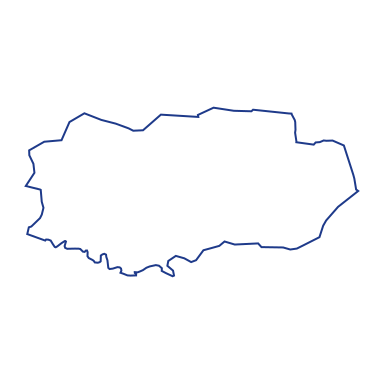 Ikom, Cross River, Nigeria, rotated 268°
{"feature_id": "59680162B83284995722346", "entity_name": "Ikom", "entity_type": "district", "adm_level": 2, "iso_a3": "NGA", "parent_name": "Nigeria", "parent_adm1": "Cross River", "projection": "equal_earth", "projection_center": [8.557, 6.106], "detail": "fine", "context": "isolated", "style": "outline", "palette": "blue", "viewbox_px": 384, "rotation_deg": 268, "n_neighbors": 0, "source": "geoboundaries", "source_scale": "gbopen_adm2", "svg_char_len": 1772}
<svg xmlns="http://www.w3.org/2000/svg" viewBox="0 0 384 384"><g transform="rotate(268 192 192)"><path d="M187.2,358.1L188.8,356.1L199.7,354.7L203.6,353.8L233.2,345.4L238.5,334.3L238.5,328.1L238.9,325.4L237.4,321.5L237.2,317.3L235.1,315.3L238.1,298.0L239.0,298.1L247.7,297.1L250.5,297.6L258.3,297.6L260.3,297.2L266.0,294.4L266.9,294.2L267.1,291.6L272.1,255.9L270.6,254.2L271.7,236.7L275.5,216.5L268.8,200.6L266.8,200.9L270.4,163.6L255.4,145.2L255.3,135.4L257.8,130.9L263.0,118.1L267.2,103.9L274.4,87.2L266.2,72.0L248.3,63.4L247.4,46.1L239.3,30.7L234.4,30.7L225.7,34.5L216.7,35.2L203.8,26.1L199.8,40.2L199.4,40.9L187.5,41.5L181.4,43.0L174.7,41.1L171.2,39.2L163.1,30.2L162.4,27.7L155.7,25.9L148.6,43.6L149.6,44.5L149.4,46.7L148.4,49.1L144.8,51.1L141.9,52.9L141.5,53.9L142.3,55.4L145.5,59.9L147.4,63.1L147.4,63.8L146.9,64.3L142.4,62.8L140.6,63.3L139.6,65.3L139.5,73.0L139.3,76.8L138.9,78.4L136.2,80.9L135.9,82.6L137.2,83.9L137.2,85.0L135.5,85.6L131.5,85.3L129.6,86.5L127.5,90.3L126.6,91.4L125.0,92.4L124.6,95.4L125.1,97.3L125.9,98.3L131.7,98.7L132.8,100.4L133.3,102.2L132.4,103.9L130.1,104.1L126.7,105.1L119.1,105.7L117.9,106.9L118.2,110.2L119.5,114.8L119.2,117.1L118.0,118.4L115.9,118.7L113.8,117.7L112.6,120.8L110.9,124.6L110.6,127.6L110.6,133.2L111.9,133.3L113.1,132.0L113.9,132.0L113.6,134.8L114.3,136.9L115.6,140.2L117.9,143.8L119.1,147.2L120.2,153.3L119.5,156.4L116.9,159.2L114.2,159.0L111.9,163.0L108.5,169.7L109.1,171.1L114.1,170.3L119.1,164.8L123.9,165.9L128.7,173.6L126.0,182.0L122.0,188.7L123.7,193.7L133.4,201.4L135.2,209.1L137.2,217.4L141.4,222.8L138.0,232.9L138.3,256.3L134.5,259.5L133.4,281.1L131.1,288.2L131.8,294.8L134.8,301.4L142.4,317.8L153.7,321.9L158.9,325.1L159.0,325.2L172.1,337.5L187.2,358.1Z" fill="none" stroke="#1e3a8a" stroke-width="2"/></g></svg>